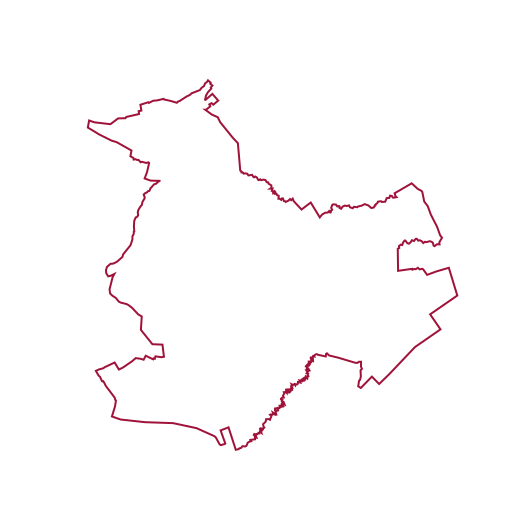 the district of Ghizela, Timis, Romania, rotated 255°
{"feature_id": "2599482B86350995908536", "entity_name": "Ghizela", "entity_type": "district", "adm_level": 2, "iso_a3": "ROU", "parent_name": "Romania", "parent_adm1": "Timis", "projection": "orthographic", "projection_center": [21.749, 45.838], "detail": "fine", "context": "isolated", "style": "outline", "palette": "rose", "viewbox_px": 512, "rotation_deg": 255, "n_neighbors": 0, "source": "geoboundaries", "source_scale": "gbopen_adm2", "svg_char_len": 6091}
<svg xmlns="http://www.w3.org/2000/svg" viewBox="0 0 512 512"><g transform="rotate(255 256 256)"><path d="M369.7,267.7L376.2,264.2L394.6,256.0L399.9,255.0L404.2,249.8L410.4,244.9L410.2,245.6L412.4,250.6L414.5,250.1L415.1,252.7L413.2,253.9L415.9,259.7L423.9,255.8L419.9,247.8L420.2,247.3L423.9,249.2L426.6,251.9L429.3,256.1L430.4,255.9L431.9,258.0L434.2,256.4L435.1,257.1L438.1,255.1L436.9,253.8L435.9,251.5L433.7,249.8L432.5,246.9L430.8,244.7L429.8,235.7L428.7,233.9L428.0,230.1L425.5,222.5L425.3,220.4L424.5,219.2L428.1,213.3L431.2,207.3L431.7,207.3L431.9,200.5L432.6,196.9L431.6,192.2L432.4,191.8L432.1,185.1L432.0,183.5L426.1,182.9L426.3,180.2L423.4,179.8L423.9,166.7L422.9,165.5L424.6,158.4L421.0,149.5L427.0,134.4L430.1,129.9L423.6,126.8L413.9,136.1L404.8,146.4L402.0,150.9L390.1,163.0L384.8,160.5L382.4,163.0L380.8,162.8L380.7,164.7L379.7,165.7L379.2,167.4L376.4,168.8L376.5,170.3L374.3,174.0L374.3,176.4L373.4,176.8L365.3,172.5L359.7,168.5L356.1,173.7L353.5,182.5L353.1,182.9L353.5,181.6L351.7,178.2L351.6,176.1L348.6,171.5L346.5,169.9L346.5,168.3L345.7,167.2L345.3,165.0L344.4,163.4L341.6,163.7L340.4,163.2L337.7,160.4L334.7,158.8L334.0,157.5L330.7,154.1L328.8,153.1L325.7,152.7L324.4,150.8L324.4,149.8L321.5,147.5L316.1,145.7L311.2,144.8L311.0,144.2L308.9,143.6L307.1,141.8L304.0,140.9L298.9,137.6L291.9,128.0L289.7,126.8L286.4,120.1L285.6,116.2L286.1,113.5L285.8,112.8L284.0,109.2L281.1,107.4L278.0,106.9L274.6,108.0L274.5,110.4L275.3,114.5L272.8,112.1L261.7,105.9L257.6,105.4L254.8,107.0L252.0,109.6L247.6,111.6L246.1,113.1L243.1,118.5L241.7,120.0L238.0,122.9L230.1,127.1L227.2,130.0L214.4,125.7L197.6,133.1L194.6,142.7L182.5,141.0L182.7,138.5L185.1,132.9L182.9,131.6L183.6,130.6L182.8,129.9L188.2,123.7L184.9,120.6L186.5,118.1L188.5,113.4L186.5,109.3L182.7,98.6L181.8,94.2L189.7,91.9L187.7,80.8L187.1,79.6L187.1,75.2L186.5,71.6L181.3,73.0L179.6,74.1L175.6,74.7L174.6,75.1L174.7,75.9L173.3,76.5L169.4,77.3L155.6,82.9L153.6,82.8L152.7,83.3L147.2,80.9L138.3,75.3L133.1,82.9L124.2,105.8L116.0,132.7L105.1,154.0L92.8,169.1L91.2,170.2L83.5,172.1L82.4,173.1L82.5,177.2L82.8,177.8L96.7,176.7L97.6,185.1L74.1,186.3L73.9,189.2L74.5,190.0L74.5,192.0L75.8,193.6L74.8,196.3L75.2,197.7L77.8,199.7L78.5,202.0L78.3,203.4L79.8,203.1L79.2,207.6L81.1,208.0L80.3,209.5L82.3,209.4L83.7,207.6L84.5,208.3L83.8,209.2L84.0,210.2L83.5,211.3L84.5,212.5L83.8,213.4L85.3,214.3L83.9,215.4L86.6,215.2L86.8,215.6L85.9,216.6L86.3,217.2L87.5,215.1L88.1,215.1L88.4,215.7L87.4,217.9L88.1,219.6L89.0,219.1L91.7,219.3L93.4,222.4L95.7,223.5L95.1,226.3L94.2,227.1L97.6,229.6L99.0,228.5L99.2,229.2L98.6,230.5L98.7,231.8L100.6,231.7L99.1,233.1L97.6,233.5L97.5,234.6L100.2,234.6L100.8,234.9L101.0,235.9L101.8,234.4L103.8,234.9L103.6,236.6L102.0,237.4L103.4,237.9L102.9,238.7L103.1,239.5L105.3,240.0L105.1,241.1L103.7,241.4L103.7,243.5L106.5,242.5L106.9,242.9L105.1,245.2L107.8,244.9L108.9,243.4L110.1,244.3L110.9,243.1L111.6,243.1L112.4,244.5L112.1,246.2L114.1,245.9L116.0,247.9L117.2,247.7L116.9,249.8L115.8,250.3L117.9,250.9L118.3,250.3L119.2,250.5L118.8,252.6L115.7,252.3L115.5,253.0L116.5,254.5L118.1,254.6L117.4,256.2L118.2,256.3L119.0,255.3L119.5,255.7L119.3,256.9L121.1,256.2L121.6,256.6L121.5,257.6L122.8,257.3L121.9,258.4L122.4,260.0L120.8,260.5L121.8,261.3L121.3,262.2L121.8,263.3L123.4,263.9L122.2,266.1L124.5,265.8L123.3,267.8L124.8,268.0L125.0,268.7L123.3,269.4L123.2,270.1L125.7,270.5L125.9,271.4L124.6,271.9L126.6,272.8L124.6,273.9L125.9,274.4L126.4,275.5L127.5,274.9L128.7,275.9L129.7,274.6L130.6,275.9L131.5,275.4L131.5,277.0L133.0,275.3L133.3,276.4L132.7,277.7L133.8,277.4L134.4,276.0L135.2,276.2L136.1,277.5L136.0,275.9L136.6,275.6L138.1,278.1L137.7,278.9L136.8,279.2L137.2,279.8L137.9,280.2L138.9,279.3L140.4,279.6L140.0,281.0L139.0,281.4L139.6,282.2L141.1,282.4L139.8,283.9L142.2,284.4L142.0,283.2L143.2,282.4L143.8,282.7L143.4,284.4L144.6,285.3L143.8,286.5L144.9,286.6L145.5,288.0L145.4,289.5L144.6,290.2L140.9,297.4L143.2,298.3L143.6,299.3L141.0,300.9L136.5,309.1L127.2,324.2L126.5,326.3L127.2,328.1L126.7,330.1L122.0,328.8L119.6,329.1L118.5,327.4L112.5,326.1L109.4,324.4L108.9,323.3L103.7,321.0L101.4,323.1L109.5,336.7L100.5,341.8L107.3,354.0L126.9,386.0L137.4,415.2L154.6,409.1L165.7,440.2L194.7,439.2L194.4,426.2L193.5,416.4L199.9,414.0L200.6,413.3L200.7,410.6L202.7,409.3L201.9,406.9L202.5,405.5L202.3,403.6L203.2,403.6L204.9,389.4L226.3,394.8L226.6,396.4L228.6,396.7L229.5,398.8L228.8,400.1L231.4,402.0L232.5,403.6L232.3,404.2L229.1,405.6L228.3,406.9L229.3,409.0L230.9,410.7L229.6,412.4L231.2,414.7L231.0,415.8L228.8,416.7L228.8,418.3L227.4,419.9L225.2,420.9L226.0,422.8L225.3,424.1L225.3,427.7L224.3,429.3L222.9,430.3L220.1,430.2L219.3,431.0L220.5,433.9L219.7,436.3L221.9,436.7L225.5,440.4L228.4,439.2L237.2,438.5L250.7,435.6L259.6,434.8L265.1,432.6L274.8,433.2L276.1,432.7L278.8,429.7L285.9,425.2L280.7,406.1L277.6,406.2L276.5,406.9L276.7,403.9L277.3,403.1L278.8,402.8L279.6,401.1L277.6,399.8L278.1,397.3L275.0,394.8L275.6,391.6L276.3,391.3L276.7,390.1L276.9,387.8L275.9,387.2L274.6,384.4L273.8,384.4L273.5,383.3L272.4,382.4L272.5,379.8L275.8,377.6L278.0,374.3L277.3,371.3L277.4,367.6L276.9,366.4L278.2,363.3L277.1,361.8L278.8,359.3L280.8,359.0L280.8,356.5L281.7,354.9L281.3,352.5L279.6,350.4L281.0,349.1L281.9,349.6L282.8,349.2L282.8,347.4L284.9,346.6L285.9,344.0L285.7,343.0L283.1,341.1L280.9,341.5L280.4,340.2L278.8,339.5L278.8,338.9L280.5,338.3L279.4,336.6L279.9,333.9L278.9,330.5L276.8,327.6L293.5,322.7L289.1,312.0L299.3,306.6L301.9,306.3L300.8,304.4L302.2,303.6L301.1,301.7L300.5,298.8L301.2,298.6L301.8,297.2L304.7,296.9L304.9,295.9L303.7,294.9L305.3,293.6L305.5,292.5L308.3,293.5L309.4,292.1L311.0,291.8L311.2,290.3L313.0,291.2L314.0,290.7L313.8,289.7L312.8,289.6L312.5,288.9L314.0,289.2L314.8,288.1L316.9,289.5L317.4,287.2L317.9,288.6L320.3,289.1L322.5,286.9L323.9,286.9L324.5,285.5L326.9,284.8L327.8,283.1L327.9,280.6L329.0,279.9L328.5,278.4L328.8,277.9L331.7,277.1L333.0,275.8L332.5,274.6L332.8,274.1L335.4,273.2L335.8,269.5L337.7,268.9L338.6,267.1L338.8,265.3L339.9,265.0L340.5,263.6L341.3,263.9L342.6,262.9L369.7,267.7Z" fill="none" stroke="#9f1239" stroke-width="2"/></g></svg>